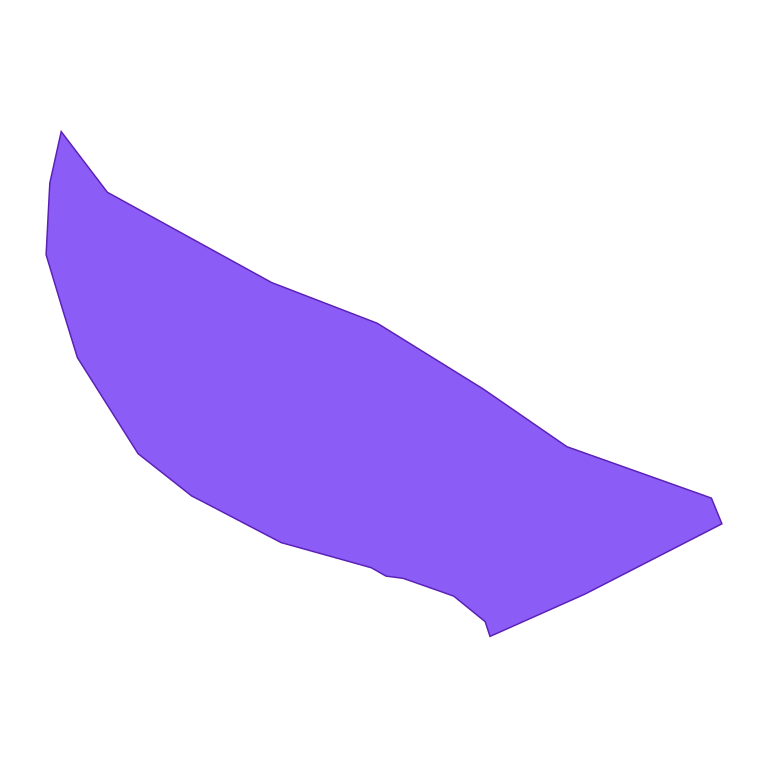 Kawther, Suhaj, Egypt (Albers equal-area conic projection)
{"feature_id": "37247803B38602183359422", "entity_name": "Kawther", "entity_type": "district", "adm_level": 2, "iso_a3": "EGY", "parent_name": "Egypt", "parent_adm1": "Suhaj", "projection": "albers", "projection_center": [31.725, 26.555], "detail": "fine", "context": "isolated", "style": "filled", "palette": "violet", "viewbox_px": 768, "rotation_deg": 0, "n_neighbors": 0, "source": "geoboundaries", "source_scale": "gbopen_adm2", "svg_char_len": 439}
<svg xmlns="http://www.w3.org/2000/svg" viewBox="0 0 768 768"><path d="M584.9,594.1L721.9,523.8L711.4,498.1L566.9,446.7L483.2,389.0L377.3,323.3L271.7,282.6L107.4,192.3L61.2,131.6L49.8,183.1L46.1,254.7L62.7,309.8L77.4,357.6L138.1,453.7L191.7,496.0L200.7,500.6L281.1,542.6L356.8,563.7L371.4,567.8L386.0,576.1L403.0,578.3L434.4,589.3L453.7,596.1L485.2,621.7L490.0,636.4L584.9,594.1Z" fill="#8b5cf6" stroke="#5b21b6" stroke-width="1.5"/></svg>